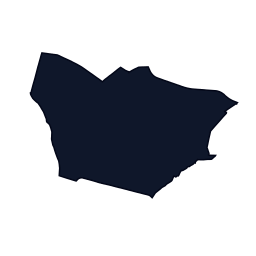 the district of Coyoacán, Distrito Federal, Mexico, rotated 191°
{"feature_id": "50627088B91322923127340", "entity_name": "Coyoacán", "entity_type": "district", "adm_level": 2, "iso_a3": "MEX", "parent_name": "Mexico", "parent_adm1": "Distrito Federal", "projection": "mercator", "projection_center": [-99.152, 19.328], "detail": "fine", "context": "isolated", "style": "filled", "palette": "ink", "viewbox_px": 256, "rotation_deg": 191, "n_neighbors": 0, "source": "geoboundaries", "source_scale": "gbopen_adm2", "svg_char_len": 5502}
<svg xmlns="http://www.w3.org/2000/svg" viewBox="0 0 256 256"><g transform="rotate(191 128 128)"><path d="M152.1,69.6L150.0,69.4L148.0,69.2L147.5,69.1L146.3,69.0L145.1,68.9L144.4,68.9L144.0,68.9L143.4,68.8L142.6,68.8L141.1,68.7L138.9,68.7L137.9,68.6L136.4,68.6L134.7,68.5L132.5,68.4L131.7,68.3L130.2,68.2L129.8,68.2L128.8,68.1L126.6,68.0L125.5,67.9L123.8,67.9L119.6,67.6L119.3,67.6L117.1,67.5L115.2,67.3L112.5,67.2L110.0,67.0L106.7,66.8L104.0,66.7L101.3,66.5L99.7,66.4L97.0,66.3L95.8,66.2L94.7,66.1L93.9,65.9L93.5,65.7L93.2,65.6L92.7,65.3L91.0,64.2L89.6,67.6L89.0,69.1L88.9,69.3L88.5,69.9L87.4,71.2L86.2,72.6L84.8,74.2L84.2,75.0L83.8,75.6L83.2,76.3L82.7,76.7L80.7,78.4L80.6,78.5L80.4,78.7L80.3,78.9L79.9,79.6L79.7,80.0L78.3,81.4L78.0,81.6L76.5,83.0L75.8,83.7L75.5,84.0L75.2,84.4L75.0,84.8L74.8,85.2L74.0,89.3L73.9,89.3L73.7,89.3L73.6,89.5L71.7,89.1L70.6,90.3L70.3,90.5L70.0,90.6L69.5,90.6L69.1,91.6L69.0,92.1L68.7,93.3L68.6,94.0L68.5,94.3L68.3,94.7L68.0,95.4L67.7,96.0L67.3,96.6L66.7,96.6L66.4,96.7L65.9,97.0L64.8,98.0L63.6,99.0L62.6,100.1L62.4,100.8L62.2,101.2L62.0,101.4L61.0,101.7L60.4,101.9L59.7,102.7L59.3,103.2L58.6,103.7L57.5,104.6L56.9,105.3L55.8,106.9L55.3,106.7L55.4,108.1L54.7,108.6L53.9,109.8L53.5,110.4L53.2,110.3L52.9,110.3L52.6,110.4L49.8,110.9L47.7,111.3L46.1,111.8L44.0,112.4L42.6,112.7L41.2,113.0L40.8,113.1L40.4,113.2L40.0,113.4L39.8,113.7L39.5,113.9L39.2,114.3L38.3,115.6L37.5,116.5L37.0,117.2L36.8,117.8L39.2,117.4L42.6,116.8L43.2,116.8L43.4,116.8L43.6,116.9L43.8,117.0L43.6,117.4L43.6,117.6L43.6,117.8L43.6,118.2L43.7,118.5L43.9,118.9L44.2,119.5L44.8,120.4L45.7,122.1L46.3,123.1L46.8,123.9L46.7,127.0L46.7,130.2L46.6,135.1L46.5,137.6L46.5,138.3L46.4,140.6L46.3,140.9L43.2,146.3L39.1,153.2L36.8,157.2L34.5,160.9L34.4,161.0L34.3,161.5L34.4,161.9L34.4,162.1L35.4,162.2L35.8,162.2L36.2,162.7L35.6,163.4L35.3,163.7L33.4,165.7L31.8,167.3L26.6,172.5L26.4,172.4L26.2,172.2L26.1,171.7L25.7,173.4L25.7,173.7L25.6,173.8L27.0,174.1L27.9,174.2L28.3,174.3L29.8,174.6L30.5,174.7L31.5,175.0L32.4,175.3L34.2,175.9L36.3,176.9L37.6,177.6L38.4,178.0L39.2,178.5L39.6,178.8L40.3,179.3L41.0,179.6L42.1,180.1L43.0,180.5L43.8,180.7L44.5,180.9L45.4,181.1L46.2,181.2L46.6,181.2L47.3,181.3L48.2,181.3L49.3,181.2L56.7,180.3L59.2,180.0L59.6,180.0L63.1,179.6L63.6,179.5L64.0,179.5L67.0,179.1L68.9,178.9L69.6,178.8L70.6,178.7L72.3,178.5L73.8,178.4L74.4,178.4L75.3,178.4L76.4,178.4L77.8,178.4L80.2,178.6L80.6,178.6L81.2,178.7L81.7,178.8L83.0,178.9L84.1,179.1L85.3,179.3L86.5,179.5L87.7,179.6L88.8,179.8L91.0,180.1L91.4,180.2L92.4,180.3L93.6,180.5L93.9,180.5L94.6,180.6L94.9,180.7L97.2,181.0L97.8,181.1L98.2,181.2L98.9,181.3L99.5,181.3L100.7,181.5L101.0,181.5L102.8,181.8L105.2,182.2L108.0,182.6L108.5,182.7L109.1,182.8L109.6,182.9L110.4,183.1L110.5,183.1L111.0,183.3L112.0,183.7L113.0,184.2L113.5,184.5L114.0,184.9L115.3,185.9L115.6,186.2L116.0,186.6L116.5,187.1L117.5,188.4L118.3,189.6L118.6,190.0L119.8,191.8L120.3,191.7L121.2,191.5L122.5,191.2L123.8,190.9L125.3,190.6L128.5,189.8L128.9,189.7L129.2,189.6L129.5,189.4L130.0,189.0L130.5,188.6L131.2,188.1L132.5,187.2L133.4,186.5L135.0,185.2L136.1,184.2L136.7,183.7L137.2,183.3L137.6,182.7L138.1,183.4L138.5,183.4L139.2,183.5L140.1,183.7L141.0,183.9L141.8,184.1L143.0,184.6L144.0,185.0L145.3,185.5L146.8,186.1L147.3,185.6L148.4,184.4L149.4,183.3L150.8,181.6L151.5,180.8L151.6,180.7L152.4,179.7L153.0,179.0L153.7,178.2L153.8,178.1L154.3,177.5L154.4,177.4L154.8,176.9L155.2,176.5L155.4,176.3L155.9,175.8L157.4,174.0L158.7,172.5L159.3,171.9L160.3,170.7L161.9,168.5L162.0,168.5L165.6,170.2L166.2,170.5L168.1,171.3L172.0,173.1L173.0,173.6L175.6,174.7L177.1,175.4L178.5,176.0L180.9,177.1L181.3,177.3L184.5,178.7L185.5,179.1L186.3,179.4L188.4,180.1L190.5,180.8L195.2,182.1L196.3,182.5L198.7,183.1L201.2,183.7L202.4,184.0L203.7,184.3L204.7,184.5L205.6,184.8L206.6,185.0L209.5,185.8L210.5,186.0L210.9,186.1L211.7,186.2L212.4,186.1L212.8,186.1L214.4,186.0L214.7,186.0L215.0,185.9L216.3,185.9L216.9,185.8L217.9,185.8L219.0,185.7L220.8,185.6L221.4,185.6L224.5,185.4L226.0,185.3L226.6,185.3L226.8,185.3L227.1,182.8L227.3,179.8L227.6,176.3L227.9,172.2L228.0,171.7L228.4,165.2L228.8,159.0L229.4,152.1L229.8,146.2L229.9,143.8L230.4,143.8L230.3,143.3L230.1,142.8L229.9,142.4L229.5,141.8L228.7,140.8L227.8,139.8L227.3,139.2L227.0,138.9L226.3,138.4L225.3,137.7L224.0,136.9L223.2,136.4L221.9,135.7L221.2,135.4L220.9,135.2L220.5,134.9L220.3,134.6L217.6,131.9L217.0,131.1L215.0,128.9L214.0,127.8L213.4,126.9L211.4,123.7L210.7,122.6L210.1,121.7L209.9,121.4L209.7,120.8L209.4,119.7L209.2,119.1L209.1,118.9L208.8,118.5L208.4,118.1L207.0,117.4L206.3,116.9L205.7,116.3L205.2,115.8L203.8,113.4L203.7,113.3L203.6,113.0L203.2,112.2L202.5,110.8L202.2,110.3L201.9,109.4L201.8,108.8L201.7,108.2L201.6,107.8L201.6,107.6L201.5,106.8L201.4,106.1L201.3,105.6L201.1,104.4L201.1,103.9L201.0,103.2L200.9,102.8L200.9,102.6L200.8,102.4L200.7,102.0L199.6,99.5L199.5,99.3L199.2,98.6L198.7,97.4L198.5,97.0L198.4,96.8L198.1,96.5L197.7,95.9L197.5,95.6L197.1,95.1L195.9,92.7L195.2,91.4L193.9,89.1L191.1,84.5L190.5,83.7L189.9,82.8L189.7,82.5L188.7,79.9L188.4,79.0L187.8,76.9L187.4,75.7L187.2,74.2L186.6,69.5L186.4,68.1L178.1,67.1L174.3,66.7L174.1,66.7L173.5,66.6L168.8,66.1L168.4,66.6L168.3,66.9L167.6,68.0L167.3,68.4L166.9,68.8L166.6,69.1L166.2,69.4L165.8,69.6L165.4,69.8L165.1,70.0L164.3,70.3L164.0,70.3L163.4,70.4L162.8,70.4L162.6,70.4L162.3,70.3L161.9,70.3L160.4,70.2L159.7,70.2L159.0,70.1L157.7,70.0L157.0,70.0L156.2,69.9L153.3,69.7L152.1,69.6Z" fill="#0f172a" stroke="#020617" stroke-width="1.5"/></g></svg>